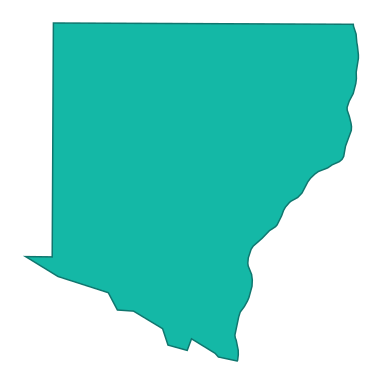 Des Moines, Iowa, United States of America
{"feature_id": "52423323B51046166578501", "entity_name": "Des Moines", "entity_type": "district", "adm_level": 2, "iso_a3": "USA", "parent_name": "United States of America", "parent_adm1": "Iowa", "projection": "natural_earth1", "projection_center": [-91.071, 40.885], "detail": "fine", "context": "isolated", "style": "filled", "palette": "teal", "viewbox_px": 384, "rotation_deg": 0, "n_neighbors": 0, "source": "geoboundaries", "source_scale": "gbopen_adm2", "svg_char_len": 1014}
<svg xmlns="http://www.w3.org/2000/svg" viewBox="0 0 384 384"><path d="M25.6,256.6L58.0,276.5L108.3,292.7L117.4,310.0L133.5,311.1L162.6,328.7L168.0,345.1L187.2,350.4L191.5,338.8L215.1,353.3L218.4,357.0L237.2,361.0L237.6,360.3L238.3,354.7L238.2,350.2L236.2,340.2L235.3,338.0L234.9,335.1L238.7,316.9L240.2,312.1L244.3,306.6L247.4,301.1L248.9,297.6L252.0,286.3L252.3,280.0L251.6,274.5L248.2,266.0L247.8,263.2L248.3,257.8L251.1,249.3L253.2,246.1L262.1,238.3L269.5,230.6L275.5,226.7L277.1,224.9L281.6,215.8L283.6,210.3L285.5,207.0L289.5,202.4L291.1,201.1L297.8,197.4L302.0,193.0L307.9,181.7L308.9,180.4L310.5,178.2L314.8,174.1L318.4,171.5L327.7,167.9L332.2,164.8L339.4,161.6L342.0,159.4L343.7,156.4L345.5,146.2L351.3,130.4L351.5,126.6L351.0,123.2L349.3,116.3L347.2,110.2L347.1,107.4L349.2,101.1L353.2,93.6L355.8,83.5L356.4,78.6L356.2,72.1L358.4,58.3L358.4,54.9L357.4,45.8L356.8,42.6L356.1,34.1L353.6,26.5L353.5,26.2L353.3,24.3L53.4,23.0L52.2,256.9L25.6,256.6Z" fill="#14b8a6" stroke="#0f766e" stroke-width="1.5"/></svg>